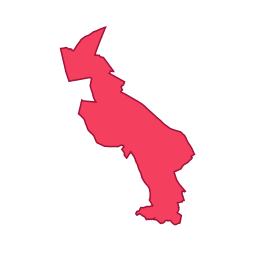 Tetlatlahuca, Tlaxcala, Mexico (Robinson projection), rotated 135°
{"feature_id": "50627088B49898192612493", "entity_name": "Tetlatlahuca", "entity_type": "district", "adm_level": 2, "iso_a3": "MEX", "parent_name": "Mexico", "parent_adm1": "Tlaxcala", "projection": "robinson", "projection_center": [-98.281, 19.233], "detail": "fine", "context": "isolated", "style": "filled", "palette": "rose", "viewbox_px": 256, "rotation_deg": 135, "n_neighbors": 0, "source": "geoboundaries", "source_scale": "gbopen_adm2", "svg_char_len": 5652}
<svg xmlns="http://www.w3.org/2000/svg" viewBox="0 0 256 256"><g transform="rotate(135 128 128)"><path d="M91.9,222.2L93.8,222.9L95.6,223.2L97.2,223.5L98.5,223.7L100.2,223.3L106.4,222.4L106.9,222.2L111.8,221.1L112.5,222.1L112.4,222.7L112.3,223.3L112.2,223.5L112.3,223.7L113.2,225.3L113.3,225.3L113.9,225.4L114.2,225.5L114.4,225.9L114.5,226.2L114.3,227.0L114.3,227.3L115.0,228.8L115.3,229.0L115.7,229.2L116.5,229.6L116.9,229.7L117.4,230.3L119.5,231.9L126.3,221.0L127.7,218.7L130.2,214.7L132.1,211.8L132.4,211.2L134.5,207.0L136.6,202.7L136.1,202.3L135.2,201.8L132.3,199.8L131.8,199.4L131.7,199.4L131.6,199.2L128.9,197.3L119.3,190.7L118.7,188.7L121.1,187.2L124.0,185.2L124.9,184.6L125.8,182.9L126.9,180.9L127.1,180.6L128.0,178.7L129.2,176.5L129.5,176.2L130.3,174.8L130.8,173.8L131.1,173.1L131.2,172.9L131.4,172.5L132.3,169.1L140.5,178.7L140.7,179.5L140.8,180.4L142.4,179.5L146.5,176.9L153.0,173.0L152.7,170.7L152.7,166.1L152.9,165.2L153.0,164.6L153.4,164.0L153.6,163.5L154.6,161.6L155.1,160.7L155.3,159.8L155.9,158.4L156.6,157.1L157.1,156.1L157.5,155.0L157.7,153.3L157.7,151.3L157.6,148.8L157.7,146.3L158.2,145.4L158.9,143.6L159.4,142.5L160.0,141.0L160.2,140.3L160.2,138.9L159.7,138.0L159.5,137.1L158.1,133.3L157.4,131.6L155.9,129.9L154.0,127.7L153.5,127.3L152.7,126.4L151.8,125.6L151.3,125.1L149.8,123.6L148.8,122.4L148.4,122.1L148.0,121.8L147.6,121.7L146.9,121.5L146.3,121.2L145.3,120.9L145.0,120.7L144.9,120.6L144.4,119.8L143.7,119.2L143.8,118.9L144.1,118.6L144.2,117.9L144.1,117.5L144.6,117.5L145.7,117.5L147.5,117.3L147.6,116.2L147.8,115.1L148.1,113.4L148.4,112.6L149.4,111.9L149.7,111.7L150.3,107.7L150.2,107.7L149.5,107.7L149.3,107.8L148.8,107.9L147.8,108.2L147.6,108.2L147.3,108.3L146.8,108.5L146.1,108.5L145.9,108.6L145.4,108.7L145.0,108.8L144.0,108.7L143.9,108.8L143.0,109.4L142.9,109.4L142.9,109.1L142.9,108.9L143.2,108.4L143.4,108.1L143.2,107.8L143.1,107.4L143.2,106.8L143.4,106.0L143.4,105.7L143.5,105.5L143.7,105.2L143.9,104.1L144.1,103.2L144.9,100.8L145.2,100.6L145.4,100.3L145.7,99.6L146.0,98.8L146.6,97.6L146.6,96.8L147.0,96.0L147.3,95.2L147.7,94.6L147.7,94.1L148.3,93.4L149.8,90.3L150.2,89.2L150.5,87.9L150.7,87.5L150.8,86.9L151.8,85.6L152.1,84.8L153.1,83.2L153.4,82.8L153.4,82.2L153.5,81.7L153.7,81.4L154.1,80.1L154.7,77.3L154.7,76.2L154.9,75.5L154.8,74.7L155.0,72.9L155.1,72.2L155.6,70.5L156.1,69.5L156.5,68.8L157.1,68.2L157.4,67.6L158.4,66.1L158.8,65.8L159.2,65.5L159.5,65.1L160.0,64.7L160.6,64.0L160.9,63.8L161.9,63.2L162.3,62.4L162.8,62.2L163.6,62.2L163.9,61.8L164.1,60.8L164.3,59.9L164.5,58.9L164.6,58.7L165.0,57.6L165.0,57.4L165.2,57.0L165.3,56.7L165.5,55.6L165.9,55.6L166.1,55.7L166.4,55.9L167.0,56.7L167.6,56.7L167.8,56.9L168.1,57.0L168.8,57.7L169.9,58.9L170.2,59.2L170.6,59.4L171.0,59.6L171.5,59.8L171.5,59.7L171.9,59.8L173.3,60.7L173.8,61.0L174.3,61.8L174.6,62.1L175.2,62.7L175.7,62.5L176.4,62.3L177.2,62.1L177.8,61.8L178.3,61.6L178.9,61.6L179.9,62.3L180.4,62.6L180.9,62.7L181.3,62.5L181.8,62.1L182.3,62.2L182.7,62.2L183.3,61.2L183.4,60.6L183.4,60.3L183.1,60.0L183.0,59.9L181.3,59.4L180.4,59.0L180.2,58.4L180.0,58.2L180.0,57.2L179.8,56.7L179.7,55.1L179.2,54.5L179.3,54.4L179.1,53.7L179.1,52.9L179.2,52.3L179.4,51.9L179.3,51.6L179.4,51.2L179.7,50.9L179.9,50.3L178.0,49.3L178.1,48.8L176.6,47.7L176.0,46.6L175.8,46.7L173.5,45.6L174.6,45.4L174.4,44.8L174.1,44.6L173.9,44.2L173.5,43.8L173.1,43.4L172.8,42.8L172.6,41.3L172.5,39.5L172.5,38.1L172.5,37.8L172.1,37.1L171.3,36.8L170.5,36.2L170.1,35.9L169.0,35.8L167.4,36.0L166.6,35.9L166.1,35.5L165.8,35.1L165.8,34.7L165.4,34.0L164.2,33.3L163.6,32.8L163.4,32.3L163.4,31.5L163.7,30.7L163.7,29.6L163.6,28.8L163.5,27.3L163.3,26.8L163.1,26.4L162.8,26.2L162.6,26.0L162.0,25.7L160.4,25.2L159.8,25.1L159.6,25.0L159.4,25.0L159.1,24.8L158.8,24.1L157.2,24.9L153.8,27.3L152.1,28.4L152.5,30.8L153.1,33.3L151.1,33.9L150.1,34.3L149.3,34.7L148.6,36.1L148.2,35.9L146.8,38.3L145.9,40.2L145.6,40.1L144.5,39.1L143.9,38.9L143.7,38.8L143.4,38.6L142.6,38.1L142.3,37.9L142.2,37.6L141.9,37.5L141.7,37.5L141.4,37.8L141.2,37.9L140.5,37.9L140.3,37.9L139.9,37.6L139.8,37.4L139.7,37.4L139.5,37.2L138.8,38.4L138.2,39.9L137.9,40.2L137.6,40.6L137.4,41.1L137.1,41.9L136.8,42.2L136.7,42.6L136.3,43.2L136.3,43.4L136.2,43.6L135.9,43.7L135.5,44.2L134.7,45.0L134.3,44.6L134.0,44.3L133.8,44.1L133.2,44.1L133.1,43.8L133.2,43.3L133.2,43.2L133.1,42.9L132.2,42.7L131.7,49.9L131.4,52.3L131.3,53.1L130.3,56.9L128.2,61.2L127.2,62.9L126.8,63.9L126.6,64.3L126.1,64.2L125.1,64.0L124.7,63.9L124.7,63.7L124.2,63.4L123.8,63.4L122.6,62.8L122.0,62.7L120.4,62.0L119.6,61.8L118.7,61.9L117.8,62.1L117.1,62.4L116.2,62.5L115.1,62.5L114.3,62.5L113.5,62.3L112.7,62.0L111.1,61.6L110.2,61.4L108.8,61.4L107.3,61.5L106.0,61.3L105.3,61.3L104.6,61.3L104.2,61.5L103.7,61.6L103.5,63.2L99.5,62.4L99.0,64.2L97.6,67.6L96.7,70.8L95.8,75.3L95.1,77.6L94.0,80.2L93.5,81.9L93.3,83.2L93.5,84.7L93.6,85.6L93.5,86.7L93.6,87.7L93.7,88.4L94.4,89.6L95.3,91.2L97.5,95.3L98.6,98.1L98.8,99.3L99.0,100.7L99.5,103.7L99.9,106.1L99.7,108.8L99.8,110.6L99.9,112.0L100.1,113.7L100.2,115.3L100.4,120.3L100.8,128.3L100.8,131.5L101.2,135.2L101.5,136.4L102.2,139.7L103.4,144.1L106.0,153.8L107.7,158.7L107.1,158.9L104.9,158.9L104.8,160.1L104.5,160.4L103.7,161.8L103.5,162.1L102.6,161.9L102.2,162.3L101.1,161.7L100.8,161.7L97.8,163.0L102.4,179.3L102.6,180.0L100.1,180.5L99.9,180.5L99.7,180.0L99.0,179.1L98.3,178.0L98.1,178.1L95.6,194.7L95.6,195.2L95.9,195.9L96.2,196.4L96.7,196.8L96.9,197.2L97.2,198.8L96.9,199.8L97.6,200.2L99.1,202.4L99.8,202.9L96.9,204.6L86.5,209.3L84.8,210.1L83.6,210.5L83.2,210.7L82.8,210.8L81.3,211.5L73.3,214.9L72.6,215.1L73.3,215.6L79.1,218.1L81.0,218.7L84.5,220.4L85.9,220.6L90.3,221.3L91.9,222.2Z" fill="#f43f5e" stroke="#9f1239" stroke-width="1.5"/></g></svg>